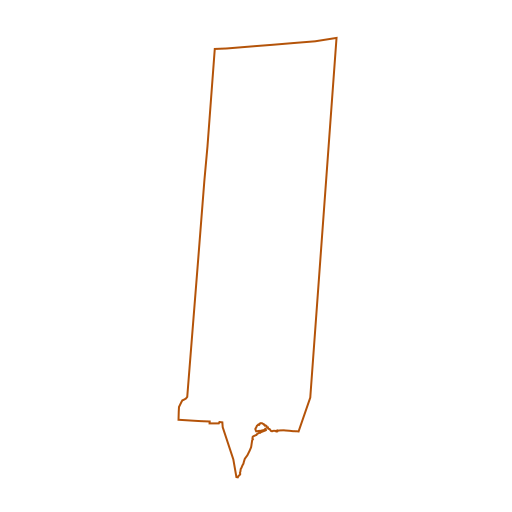 the district of Gagaifomauga II, Gaga'ifomauga, Samoa, rotated 183°
{"feature_id": "51752279B51367049300585", "entity_name": "Gagaifomauga II", "entity_type": "district", "adm_level": 2, "iso_a3": "WSM", "parent_name": "Samoa", "parent_adm1": "Gaga'ifomauga", "projection": "robinson", "projection_center": [-172.418, -13.533], "detail": "fine", "context": "isolated", "style": "outline", "palette": "amber", "viewbox_px": 512, "rotation_deg": 183, "n_neighbors": 0, "source": "geoboundaries", "source_scale": "gbopen_adm2", "svg_char_len": 1427}
<svg xmlns="http://www.w3.org/2000/svg" viewBox="0 0 512 512"><g transform="rotate(183 256 256)"><path d="M310.2,362.6L311.5,328.7L313.6,247.9L317.3,111.7L318.6,109.9L321.2,108.3L321.9,108.1L322.7,106.6L325.0,101.2L325.0,96.5L324.8,88.4L305.2,88.2L301.5,88.2L293.6,88.3L293.6,86.4L284.4,86.9L283.8,88.3L280.9,88.1L280.3,83.3L268.0,51.7L264.0,34.2L262.6,34.0L262.0,35.3L260.5,36.9L260.3,37.5L260.7,38.5L260.3,40.0L260.1,42.5L259.3,44.0L259.0,45.1L258.3,46.8L257.7,47.9L257.4,49.6L256.6,52.8L255.8,54.1L254.2,56.5L253.0,59.3L252.3,60.9L250.9,64.7L250.7,66.4L250.2,71.7L249.5,72.9L250.0,73.4L249.9,74.7L249.8,75.3L249.1,75.9L246.8,77.1L246.2,77.3L245.6,78.3L243.6,79.6L242.7,79.6L241.9,80.3L237.5,82.3L237.0,82.6L237.2,83.5L237.7,83.9L238.6,82.7L241.2,82.0L242.2,81.6L243.4,81.6L246.6,80.9L246.9,81.4L247.6,83.1L247.5,83.7L246.9,84.6L246.2,86.5L245.9,86.7L245.1,87.6L244.2,87.4L243.7,87.9L243.8,88.6L242.7,89.3L241.2,89.3L240.2,88.7L239.4,88.5L239.1,87.8L238.6,87.7L238.1,87.0L237.5,87.3L236.5,86.6L236.2,85.7L235.8,85.2L235.1,85.4L234.6,84.1L233.4,83.9L232.8,83.2L231.9,82.1L230.8,81.8L229.7,82.3L228.3,82.4L227.1,82.3L226.6,81.8L225.9,81.9L226.1,82.7L225.4,83.0L224.5,82.7L224.0,82.9L222.6,83.1L219.1,83.4L217.6,83.3L213.0,83.2L210.3,83.0L205.0,83.1L204.3,83.0L194.4,117.4L187.0,478.0L208.2,473.5L229.2,470.7L250.4,467.8L267.3,465.6L296.2,461.7L308.0,460.6L310.2,362.6Z" fill="none" stroke="#b45309" stroke-width="2"/></g></svg>